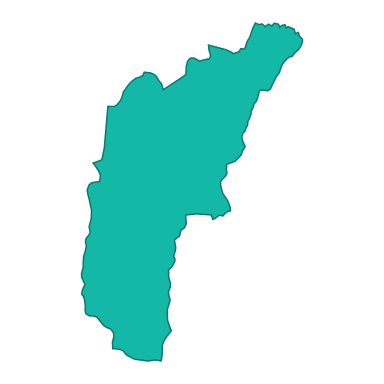 outline of Cerqueira César, São Paulo, Brazil
{"feature_id": "56859067B82361031328738", "entity_name": "Cerqueira César", "entity_type": "district", "adm_level": 2, "iso_a3": "BRA", "parent_name": "Brazil", "parent_adm1": "São Paulo", "projection": "albers", "projection_center": [-49.128, -23.072], "detail": "fine", "context": "isolated", "style": "filled", "palette": "teal", "viewbox_px": 384, "rotation_deg": 0, "n_neighbors": 0, "source": "geoboundaries", "source_scale": "gbopen_adm2", "svg_char_len": 2962}
<svg xmlns="http://www.w3.org/2000/svg" viewBox="0 0 384 384"><path d="M101.8,159.8L97.8,161.4L93.1,163.1L95.1,165.6L98.7,171.1L100.4,175.2L100.0,178.9L99.5,181.5L91.8,182.7L89.1,184.9L87.2,189.7L87.7,193.5L88.7,197.2L89.5,200.6L90.3,204.8L91.3,209.0L91.6,211.7L91.3,214.9L91.3,217.6L90.8,220.5L90.0,223.3L89.1,226.8L90.2,232.8L88.3,235.8L86.2,238.2L85.4,241.8L86.4,245.7L85.3,251.1L84.4,253.8L83.6,256.7L83.3,260.3L83.2,263.5L83.2,267.4L82.3,270.6L81.5,274.0L81.8,278.0L83.6,281.3L85.0,284.7L83.4,287.6L82.3,290.5L81.7,294.2L83.8,297.0L84.8,301.2L85.3,305.5L85.1,310.0L85.8,313.7L89.2,315.8L93.4,316.0L97.1,317.2L100.9,322.1L103.3,325.1L106.1,327.2L110.8,329.2L113.5,332.8L113.9,336.8L112.4,342.0L112.8,348.8L116.2,348.8L120.8,349.7L123.5,351.1L125.6,354.0L127.7,355.7L130.9,357.2L133.6,358.8L137.5,359.6L140.1,360.0L142.8,360.2L146.4,361.0L149.7,360.8L153.6,360.1L156.8,360.1L161.0,361.0L161.8,357.3L162.3,352.5L162.2,348.5L162.5,344.7L164.5,339.9L167.1,336.0L169.3,333.5L171.3,330.9L167.8,321.3L167.4,317.7L167.4,309.4L170.1,300.2L169.3,296.9L168.4,293.0L169.0,290.1L170.2,287.5L170.5,283.3L169.0,278.3L168.6,275.8L168.7,272.9L168.5,270.2L172.3,266.3L174.8,261.4L174.9,258.6L173.6,256.4L174.9,252.3L175.8,247.9L175.0,243.7L174.5,239.9L179.4,236.1L181.1,230.2L184.6,227.7L186.3,223.6L185.9,219.0L185.7,215.0L196.7,213.9L211.3,214.9L212.7,219.4L215.0,218.6L216.9,216.9L219.2,215.3L223.1,215.9L224.9,213.5L227.6,211.5L230.4,210.9L230.3,207.7L228.9,203.6L227.5,200.5L225.2,197.0L222.9,193.6L221.9,190.4L220.7,185.9L220.5,182.3L222.2,179.3L225.7,175.9L227.1,172.6L226.2,169.9L226.6,167.3L226.5,164.4L232.1,162.4L235.2,161.2L237.8,158.5L241.3,154.9L242.2,151.6L245.1,146.5L243.0,141.8L241.8,137.6L242.6,133.7L245.0,131.1L246.0,128.1L247.7,124.9L247.8,121.6L249.5,118.2L251.0,114.1L251.2,111.3L253.1,107.4L254.1,103.8L256.1,101.7L257.5,98.5L258.1,95.5L258.9,92.8L259.7,90.4L262.8,90.1L267.7,90.8L270.2,89.2L272.1,85.1L274.4,80.7L276.0,77.3L277.4,75.1L279.1,73.1L280.1,70.4L281.7,65.6L284.0,62.0L286.9,58.8L289.6,56.9L292.2,56.4L294.3,53.3L298.4,49.8L300.6,46.5L302.4,42.3L302.5,39.3L299.4,36.0L298.2,32.4L295.3,33.8L294.2,29.3L291.1,27.9L288.1,26.6L285.9,27.9L285.0,24.7L281.7,25.5L279.7,27.3L278.5,24.2L274.3,23.2L271.7,25.9L268.3,24.2L265.4,26.6L261.9,23.9L259.0,24.7L255.4,23.0L253.2,27.3L252.0,30.5L250.9,33.8L249.6,37.7L247.6,40.6L246.4,43.6L245.5,47.2L243.8,49.1L240.9,48.6L238.8,51.7L233.6,53.6L230.4,51.7L228.2,50.6L224.2,49.2L208.5,45.1L209.0,50.2L210.3,54.0L210.4,56.8L209.0,59.1L206.5,59.2L202.6,60.2L199.7,61.2L196.7,59.5L194.2,58.1L190.5,58.1L188.7,59.7L187.4,62.0L186.3,66.2L185.9,74.4L183.6,76.3L163.1,89.8L162.4,86.2L161.1,83.2L159.2,81.2L156.9,77.1L154.6,74.7L150.2,72.8L146.8,72.5L144.2,72.2L142.8,75.6L139.1,77.4L135.9,78.2L132.6,80.7L129.6,83.5L126.9,87.0L123.3,92.1L122.2,96.4L120.7,100.2L118.8,102.7L117.0,104.8L114.8,106.4L111.6,106.5L107.9,106.3L106.1,127.0L104.3,148.1L101.8,159.8Z" fill="#14b8a6" stroke="#0f766e" stroke-width="1.5"/></svg>